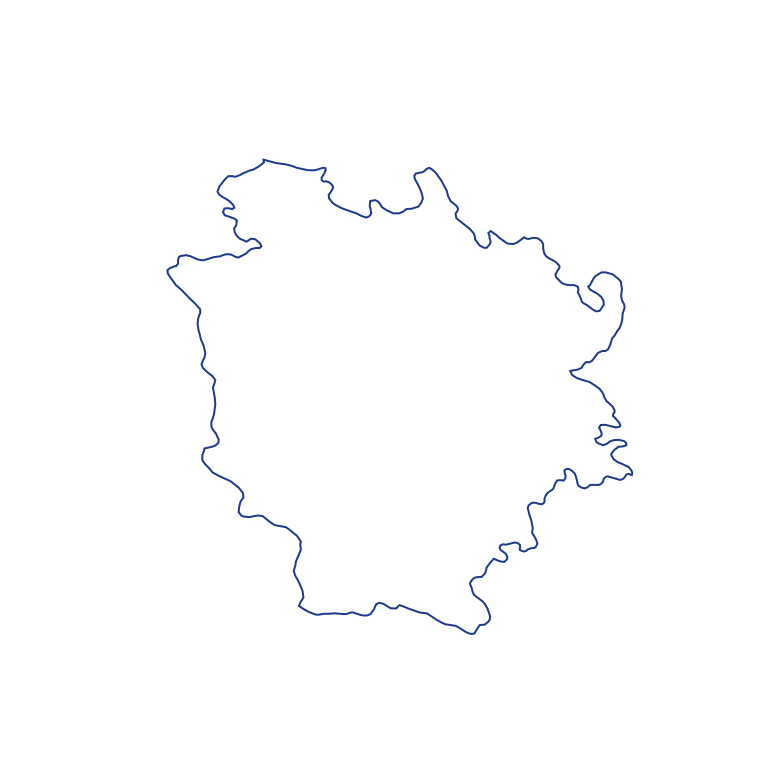 outline of Lahoysk, Minsk, Belarus, rotated 218°
{"feature_id": "67162791B73059269727639", "entity_name": "Lahoysk", "entity_type": "district", "adm_level": 2, "iso_a3": "BLR", "parent_name": "Belarus", "parent_adm1": "Minsk", "projection": "equal_earth", "projection_center": [27.771, 54.364], "detail": "fine", "context": "isolated", "style": "outline", "palette": "blue", "viewbox_px": 768, "rotation_deg": 218, "n_neighbors": 0, "source": "geoboundaries", "source_scale": "gbopen_adm2", "svg_char_len": 6166}
<svg xmlns="http://www.w3.org/2000/svg" viewBox="0 0 768 768"><g transform="rotate(218 384 384)"><path d="M314.4,156.8L310.2,157.0L303.7,157.9L300.4,158.8L295.5,160.4L292.7,162.7L290.0,165.9L286.4,168.6L281.5,173.1L274.7,177.4L272.0,179.5L270.2,182.5L268.3,184.6L259.7,187.8L256.3,189.9L254.8,191.3L253.0,194.1L253.2,200.5L254.1,203.4L254.5,206.0L253.1,208.6L249.3,210.4L241.0,211.3L237.6,213.5L236.1,214.9L236.1,217.1L235.6,219.3L230.3,221.1L226.4,222.1L215.3,225.9L208.9,229.7L197.2,230.6L191.4,231.5L187.6,232.5L178.6,237.6L173.2,238.4L168.0,238.8L164.5,239.5L161.4,240.7L159.2,243.0L160.0,250.3L160.0,253.2L156.5,256.3L155.5,260.5L155.6,263.4L157.3,266.2L164.1,270.7L168.8,272.7L172.6,273.4L180.0,273.2L183.3,273.3L186.3,274.8L189.3,277.2L192.7,279.2L193.8,280.4L194.0,283.5L193.6,286.5L192.5,288.3L190.0,290.8L188.3,292.0L187.8,297.1L188.8,299.9L190.1,302.5L190.3,308.1L189.9,313.9L184.4,315.3L181.9,316.4L179.6,318.0L179.2,321.8L180.7,324.1L183.9,325.2L190.6,325.1L192.2,326.3L192.9,328.3L191.7,330.9L188.9,332.5L183.2,339.8L180.8,340.9L178.2,341.0L176.3,339.5L176.0,338.3L175.0,336.9L172.7,337.3L170.7,338.1L169.3,339.8L168.8,342.3L166.6,345.6L164.5,347.3L164.1,349.7L164.9,352.7L168.1,354.9L172.1,356.6L175.6,357.8L178.1,362.1L184.0,367.2L189.1,370.6L194.3,374.7L195.3,377.0L194.6,380.5L193.6,382.2L190.6,384.1L188.1,384.9L185.4,386.6L184.8,388.9L185.4,390.8L186.9,392.3L187.7,394.9L188.1,397.5L187.7,400.2L186.6,403.4L186.1,405.9L187.6,410.2L188.2,414.5L186.0,416.7L183.0,418.5L183.0,421.2L184.2,423.3L186.4,424.9L188.7,426.9L187.8,429.6L185.7,431.0L182.8,431.3L179.0,431.0L176.3,429.6L172.0,426.3L169.3,424.0L167.5,423.6L164.1,424.1L161.6,425.3L160.1,427.8L159.3,431.6L152.9,436.4L151.5,438.7L151.2,441.6L152.5,444.5L152.2,446.9L151.0,448.9L139.0,453.7L137.3,456.0L136.9,459.0L137.3,461.8L136.1,463.6L132.7,464.8L133.7,466.8L135.6,468.1L139.9,469.2L148.0,467.4L151.4,466.3L156.7,466.1L161.4,468.0L161.9,469.9L161.9,473.9L160.5,479.0L157.7,481.5L155.3,484.9L156.9,486.6L159.7,486.8L164.5,484.6L168.1,481.5L170.5,478.1L171.5,474.3L173.6,470.7L178.3,469.2L181.2,469.2L183.8,470.9L182.0,473.7L180.9,476.6L181.7,478.8L185.1,480.9L187.7,482.1L188.0,485.1L184.3,488.2L174.4,492.5L172.0,495.6L172.3,496.9L174.6,498.2L181.7,499.7L183.9,499.7L184.9,501.3L184.9,503.7L186.2,505.3L189.4,506.8L194.9,507.4L198.1,507.5L202.2,509.2L204.9,511.0L207.3,512.0L211.4,512.9L217.0,512.7L223.3,512.1L231.9,508.7L236.1,507.4L241.1,506.9L245.3,508.8L243.7,510.8L240.2,514.6L238.2,518.4L238.7,521.6L238.4,525.5L235.4,527.7L234.4,530.3L234.5,540.2L232.3,544.5L229.8,546.3L228.8,549.5L230.0,554.5L232.3,560.3L232.1,564.4L232.8,569.3L232.8,572.9L233.8,576.8L235.6,580.9L239.3,586.5L240.8,590.8L241.8,592.7L243.8,594.6L247.5,596.2L249.7,597.8L251.8,600.0L254.9,605.2L260.4,610.5L263.6,611.1L271.3,611.2L278.3,608.3L281.5,605.6L283.8,599.2L283.8,596.0L282.5,588.6L283.0,586.4L279.5,585.3L271.8,586.5L266.6,586.4L262.4,584.7L259.7,582.0L259.1,576.7L259.2,574.3L261.6,571.8L265.8,571.2L272.8,571.1L276.7,570.4L278.8,570.7L281.2,572.4L283.7,573.8L287.7,575.5L288.9,578.2L291.1,579.9L293.6,579.5L296.4,578.1L298.1,576.6L300.6,574.9L304.8,573.3L307.5,573.2L314.2,574.1L316.2,575.7L317.0,579.6L317.2,583.1L318.0,584.7L320.0,585.4L323.6,585.8L326.4,585.6L331.1,584.7L334.6,584.4L338.0,585.5L339.8,586.9L341.8,588.6L344.8,592.3L347.8,593.5L352.4,593.5L355.2,592.0L357.4,589.9L358.7,588.1L359.9,587.0L361.7,586.1L364.0,585.9L364.9,581.9L366.4,577.0L368.3,573.8L373.5,570.6L383.0,570.2L387.2,570.6L394.1,570.2L394.7,567.2L392.6,566.0L390.5,563.9L387.5,561.7L386.7,559.1L386.9,554.6L389.0,552.9L394.1,552.0L401.1,554.0L403.6,556.4L405.8,557.9L412.5,559.1L426.7,559.1L429.4,559.4L432.6,562.5L432.7,566.0L433.9,568.0L436.6,569.0L444.0,569.1L448.7,571.2L453.7,575.0L464.1,579.6L473.1,582.3L477.0,582.7L481.2,582.3L482.8,580.1L483.2,576.8L484.3,574.3L488.5,569.5L488.3,566.7L485.7,564.4L481.0,562.5L476.4,560.3L471.8,557.6L467.6,554.2L466.2,549.6L466.2,544.9L470.4,538.8L473.9,535.9L475.1,531.6L476.9,528.0L481.7,524.2L489.4,522.5L494.3,522.1L498.1,523.5L501.0,524.1L504.2,523.4L507.5,519.7L504.7,515.3L502.3,513.6L499.1,510.6L498.8,507.1L500.5,504.2L505.0,502.6L510.7,501.5L523.0,497.3L526.5,496.3L532.6,495.2L536.1,495.1L541.4,496.4L544.0,499.0L544.0,501.3L544.8,506.9L545.6,508.0L547.7,509.0L551.5,509.1L554.3,508.2L556.5,506.2L558.7,506.4L560.2,508.1L560.7,513.4L561.6,516.6L562.9,518.0L565.2,516.8L569.6,510.4L572.6,507.8L576.1,505.4L585.3,500.9L591.5,498.9L597.0,496.4L605.0,491.7L617.1,486.6L615.0,484.6L616.5,478.7L618.8,472.9L621.7,468.8L624.6,463.6L626.6,459.2L628.5,456.0L631.6,454.2L634.6,452.0L635.3,447.1L635.3,438.2L633.6,433.0L630.6,431.8L625.9,432.0L623.2,432.5L618.5,432.9L613.3,432.3L610.5,430.8L611.2,428.5L615.3,426.4L617.8,424.0L616.6,420.2L613.3,418.9L609.1,420.5L603.3,422.3L600.6,422.3L598.3,418.3L597.9,416.4L597.9,414.3L595.2,411.8L591.5,410.2L587.4,409.7L580.0,411.5L578.2,416.7L574.5,418.8L568.2,418.5L565.3,417.0L565.8,414.5L568.8,412.2L571.6,408.7L572.6,405.2L573.0,401.9L576.6,394.0L579.6,392.7L584.0,391.9L587.5,389.8L589.8,387.1L592.1,383.3L595.8,379.7L602.6,370.1L607.1,367.6L615.5,365.4L619.3,363.6L623.0,359.7L623.8,357.7L622.4,354.4L620.4,352.2L620.4,349.2L621.9,347.3L624.1,343.3L624.7,340.3L622.4,338.0L618.7,336.7L609.2,333.9L600.2,333.3L589.6,331.8L581.8,331.0L574.8,329.7L572.4,326.6L571.9,324.0L570.4,320.5L567.7,316.4L563.5,312.4L558.9,309.0L555.5,306.3L549.8,303.2L543.8,298.3L541.6,294.0L541.4,291.9L539.9,287.1L536.4,285.1L529.4,284.5L524.1,284.6L519.4,283.3L518.1,280.4L516.7,276.0L508.5,268.6L504.3,264.0L499.7,256.1L497.8,251.6L496.5,247.4L493.8,244.2L490.3,242.5L486.0,241.5L479.9,238.4L478.3,235.7L478.9,231.9L480.9,228.6L485.8,222.7L484.7,220.4L483.4,216.3L480.4,212.2L476.0,210.8L470.3,210.0L464.3,208.8L457.3,210.0L445.0,212.9L434.9,212.9L427.9,211.2L424.9,207.9L424.6,202.8L422.6,198.3L419.6,193.5L415.5,192.5L412.9,193.2L407.9,196.4L403.9,201.2L401.9,203.1L398.2,205.2L389.5,205.0L383.2,205.5L373.1,210.8L368.5,211.0L359.1,210.8L352.4,208.6L351.4,206.2L347.4,202.1L344.1,189.9L342.1,186.3L340.1,181.2L336.1,178.4L331.1,176.4L326.0,173.8L320.7,170.7L316.0,166.1L315.4,160.2L314.4,156.8Z" fill="none" stroke="#1e3a8a" stroke-width="2"/></g></svg>